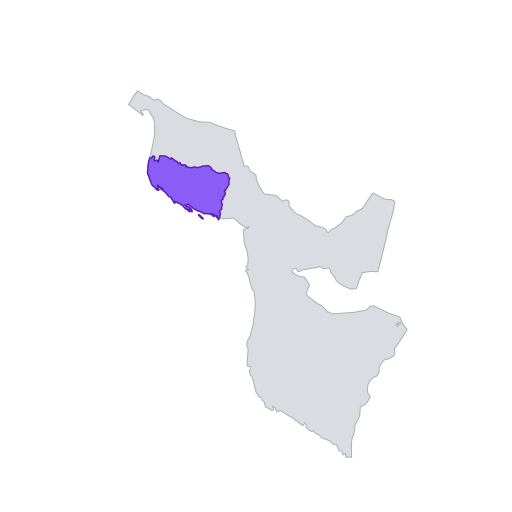 Mozambique, with Inhambane highlighted, rotated 123°
{"feature_id": "MOZ-1925", "entity_name": "Inhambane", "entity_type": "Province", "adm_level": 1, "iso_a3": "MOZ", "parent_name": "Mozambique", "parent_adm1": "", "projection": "albers", "projection_center": [34.454, -22.902], "detail": "fine", "context": "in_parent", "style": "filled", "palette": "violet", "viewbox_px": 512, "rotation_deg": 123, "n_neighbors": 0, "source": "natural_earth", "source_scale": "10m", "svg_char_len": 9189}
<svg xmlns="http://www.w3.org/2000/svg" viewBox="0 0 512 512"><g transform="rotate(123 256 256)"><path d="M162.6,341.8L165.6,339.3L185.7,316.3L187.0,315.4L185.2,311.7L187.9,307.3L188.1,300.5L188.9,299.4L192.0,297.1L196.3,290.0L199.0,284.5L199.2,281.9L195.3,274.6L194.1,270.6L195.2,267.2L195.6,264.0L195.0,262.9L192.6,261.6L192.2,260.2L192.2,258.5L192.7,257.5L195.6,256.0L196.3,255.2L198.6,246.5L197.7,240.1L197.6,232.7L198.1,225.0L197.8,220.7L195.8,215.7L195.6,212.1L197.0,209.6L197.2,208.1L192.5,207.3L190.1,205.3L181.2,202.1L174.3,201.8L168.5,196.9L164.0,196.2L158.2,192.7L140.1,192.4L139.4,192.1L138.5,181.1L137.7,177.5L135.3,173.7L134.6,171.0L134.7,169.2L144.7,165.0L164.4,158.9L168.7,156.9L202.4,145.3L203.3,146.0L206.7,151.7L212.4,158.1L213.8,157.2L221.9,156.1L223.1,155.3L225.5,154.7L228.4,154.3L229.4,154.7L232.3,158.7L233.4,166.3L233.5,171.3L233.1,175.0L230.7,179.1L229.0,184.5L226.4,187.3L226.5,188.7L229.4,191.9L230.0,193.2L229.8,196.0L230.3,197.1L232.8,198.7L234.8,201.4L242.0,209.0L243.8,210.4L245.3,210.8L246.0,212.3L245.6,214.0L244.5,215.0L244.9,216.5L246.3,217.6L249.6,217.4L250.0,216.9L249.8,210.2L248.7,206.3L247.3,204.4L250.1,197.1L251.7,195.1L257.1,194.3L259.6,193.7L260.7,192.8L261.5,190.5L262.2,184.0L262.5,177.9L262.0,174.4L262.8,169.0L264.1,165.7L263.5,165.0L263.1,160.6L249.4,142.5L241.6,134.5L240.3,133.7L236.0,133.0L233.7,130.0L231.8,114.0L228.9,102.4L233.5,94.8L235.0,89.9L236.0,89.1L239.9,88.9L253.7,89.1L257.1,89.6L258.7,89.1L262.3,86.2L265.3,86.2L269.2,88.2L271.4,89.9L271.8,91.3L274.4,92.1L279.4,92.4L283.0,91.7L285.3,90.1L287.7,89.2L290.2,89.2L292.1,89.8L293.3,91.1L295.7,92.0L299.3,92.6L303.3,91.9L307.6,89.8L310.1,87.6L311.5,83.8L312.3,83.3L318.4,83.1L321.6,83.9L325.6,86.4L332.9,82.4L337.4,81.1L341.7,81.2L345.3,80.3L348.1,78.4L351.1,77.2L357.1,75.9L361.2,73.9L372.7,66.2L373.8,68.6L375.9,70.9L372.9,73.1L375.4,74.7L373.4,76.9L373.2,78.5L374.0,80.1L372.6,82.6L370.9,84.5L370.4,86.1L371.8,88.8L370.8,93.6L372.8,101.6L372.0,104.3L372.2,110.6L371.3,112.8L372.7,113.7L373.3,116.2L372.5,120.6L370.0,122.3L369.7,124.1L372.7,124.3L372.5,129.8L372.0,131.4L372.7,133.3L371.7,135.3L372.4,144.2L372.2,150.6L372.4,151.7L374.9,152.9L374.8,154.6L373.0,156.9L373.0,160.3L375.0,157.7L376.1,157.7L377.0,158.8L376.9,162.7L377.4,164.7L377.1,166.4L373.9,169.5L373.6,172.6L372.4,172.9L371.8,173.7L372.5,175.5L372.4,177.1L370.1,181.9L359.4,193.3L359.1,195.3L356.4,198.9L353.5,199.4L351.9,200.4L353.0,203.7L339.1,211.5L337.7,212.6L335.5,215.6L330.9,217.1L326.1,217.1L325.2,217.8L314.1,221.3L311.9,223.1L307.2,224.7L299.8,228.6L293.7,232.5L286.8,238.3L285.8,241.4L282.5,245.5L277.7,250.4L274.7,254.4L274.5,256.2L272.8,256.8L271.4,255.0L270.8,258.3L269.6,258.6L268.3,257.9L262.3,261.3L257.7,265.3L251.3,273.0L242.1,280.4L240.0,280.5L237.1,277.9L235.5,277.7L237.8,280.6L237.7,286.9L236.5,294.2L236.7,295.8L242.7,303.6L245.7,312.8L245.9,317.5L248.9,323.5L250.2,332.5L249.8,341.0L251.3,342.3L251.8,341.1L252.1,335.8L252.9,334.4L253.7,334.6L254.5,337.5L254.7,340.5L253.6,347.1L253.9,349.8L255.4,354.3L253.6,359.5L250.8,373.8L251.4,374.7L252.8,375.1L253.3,373.5L254.1,373.5L254.5,374.5L253.3,380.1L252.2,382.6L248.3,388.6L246.1,391.2L242.6,393.7L234.4,397.7L218.0,403.5L207.7,408.1L199.6,413.6L196.0,417.2L194.6,421.4L191.9,425.7L194.3,429.3L197.4,431.8L198.8,427.5L199.6,427.5L198.3,445.4L187.2,445.8L183.9,445.2L182.1,445.4L181.8,437.9L180.4,432.3L180.9,428.3L180.7,426.2L178.3,424.8L177.6,420.5L178.9,417.2L178.5,389.7L174.3,376.5L168.7,367.0L168.3,362.2L165.6,351.6L162.6,341.8ZM236.5,101.4L238.0,100.7L238.2,99.3L237.3,98.7L236.4,98.8L236.0,100.9L236.5,101.4ZM235.5,98.9L234.4,98.0L233.5,98.2L233.2,99.0L234.1,100.1L235.1,100.2L235.5,98.9Z" fill="#d9dde1" stroke="#a8b0b8" stroke-width="1"/><path d="M245.6,307.1L245.5,307.4L245.8,307.4L245.6,307.9L245.5,308.2L245.3,308.4L245.1,308.2L244.8,308.2L244.6,308.3L244.6,308.6L244.6,308.8L245.0,308.8L245.0,309.0L245.0,309.8L244.8,310.2L244.5,310.4L244.2,310.5L243.8,310.2L243.7,310.2L243.5,310.4L243.5,310.8L243.8,311.0L244.1,311.3L244.3,311.3L244.4,311.5L244.3,311.8L244.2,311.7L244.3,312.0L244.3,312.4L244.5,312.5L244.4,312.8L244.5,313.0L244.8,313.0L245.0,313.2L245.0,313.5L244.9,313.6L244.6,313.7L244.4,313.8L244.1,314.1L244.5,314.3L244.7,314.5L244.7,315.7L245.2,315.2L245.9,312.4L245.9,312.8L245.7,314.3L245.5,315.0L245.7,317.0L246.4,318.8L247.7,321.1L248.0,321.5L248.3,321.7L249.0,323.3L249.0,324.3L248.9,326.3L249.1,327.3L249.7,328.8L249.8,329.2L249.9,330.7L250.1,331.8L250.3,333.7L249.6,339.8L249.6,340.8L249.7,341.3L250.1,341.6L250.4,341.8L250.8,342.0L251.2,342.7L251.5,343.1L251.7,342.8L251.6,341.8L251.8,341.5L252.3,341.2L251.8,340.3L251.5,339.2L251.5,338.0L251.9,337.2L251.8,336.9L251.9,336.6L252.0,336.5L252.3,337.2L252.5,337.4L252.8,337.0L252.2,336.0L252.0,335.9L252.1,335.6L252.6,334.9L252.6,334.5L253.0,334.2L253.2,333.9L253.4,333.8L253.6,333.8L253.8,333.9L253.9,334.2L253.9,334.4L253.8,335.0L254.2,338.9L254.4,338.6L254.5,338.1L254.6,336.8L254.8,336.3L254.8,335.9L255.0,335.9L254.7,338.8L254.7,339.3L254.8,340.8L254.7,341.3L253.6,344.9L253.6,347.9L254.2,353.0L254.6,353.9L254.8,353.6L254.9,353.2L255.2,353.4L255.6,353.4L255.8,353.3L255.6,353.1L255.6,352.9L256.0,353.1L255.9,353.8L255.1,355.4L254.6,356.1L253.8,358.2L253.4,358.9L253.2,359.3L253.2,359.7L253.2,360.2L253.4,361.1L253.5,361.6L253.3,362.6L252.0,366.4L251.7,369.4L251.6,371.4L251.6,371.9L251.4,372.4L251.3,372.6L251.0,372.2L251.1,371.7L251.2,371.3L251.1,371.0L250.5,370.9L250.2,370.9L250.3,371.1L250.5,371.3L250.7,371.9L250.8,372.2L250.7,372.6L250.5,373.5L250.5,374.0L250.5,374.8L250.4,375.1L250.4,375.3L250.2,375.6L250.2,375.9L250.3,376.5L250.2,377.0L250.0,377.5L251.2,376.5L250.8,375.7L250.8,375.3L251.0,374.9L251.3,374.8L251.6,375.0L252.2,375.5L252.6,375.7L252.9,375.7L253.0,375.5L253.2,373.9L253.1,373.6L254.0,373.7L254.2,373.9L254.3,375.0L254.5,375.2L254.5,375.4L253.3,379.4L253.2,379.9L253.2,380.2L253.4,380.7L253.5,380.9L253.4,381.1L253.1,381.4L253.0,381.6L252.9,382.0L252.7,382.5L249.3,387.3L246.9,390.0L246.8,390.5L246.8,390.8L246.7,391.0L245.1,392.5L238.8,395.9L235.3,397.5L231.7,398.5L231.1,397.3L230.4,397.0L228.8,397.0L228.4,396.9L228.2,396.7L228.1,396.4L228.0,396.1L228.0,395.8L227.9,395.4L227.8,395.1L228.0,394.9L228.3,394.8L231.3,393.2L231.4,392.9L229.7,391.2L229.5,390.9L229.7,390.6L229.8,390.4L230.5,389.7L230.6,389.3L230.3,389.2L230.2,389.2L229.5,389.5L229.0,389.6L228.8,389.6L228.5,389.8L228.0,389.8L227.9,389.9L227.5,390.1L227.0,390.2L226.5,390.5L226.3,390.6L225.4,390.8L224.5,391.1L224.3,391.1L224.2,390.9L221.5,386.3L221.5,385.9L221.4,385.6L221.3,380.5L221.2,380.5L220.9,380.5L220.6,380.4L220.3,380.3L220.2,380.3L219.9,380.5L219.8,380.1L219.7,379.4L219.7,379.1L219.7,378.9L219.9,378.5L220.0,378.2L220.0,377.5L219.9,375.9L220.0,375.5L220.0,375.3L219.9,374.9L219.8,374.6L219.9,374.2L219.9,373.8L220.0,373.4L220.0,372.8L220.0,372.7L220.3,372.4L220.3,372.0L220.5,371.7L220.6,371.4L220.6,371.2L220.2,370.6L219.9,370.5L219.6,370.6L219.3,370.7L219.2,370.7L219.1,370.4L219.2,370.2L219.7,369.8L219.7,369.7L219.9,369.3L220.2,369.1L220.3,369.0L220.3,368.8L220.1,368.5L220.1,368.4L220.3,368.0L220.4,367.8L220.3,367.6L220.0,367.1L219.9,366.9L219.7,366.8L219.4,366.8L219.2,366.8L219.0,366.6L218.9,366.1L218.8,365.9L218.5,365.6L218.4,365.0L218.2,364.6L218.1,364.3L218.1,364.0L218.2,363.9L218.6,363.8L219.2,363.6L219.3,363.5L219.4,363.4L219.3,363.1L218.9,362.8L218.7,362.6L218.6,362.3L218.6,361.7L218.6,361.4L218.5,361.2L218.2,360.7L218.1,360.3L218.1,359.9L218.0,359.6L217.7,359.3L217.2,358.4L217.0,358.0L216.8,357.9L216.6,357.6L216.2,357.4L215.8,357.0L215.6,356.7L215.3,356.5L215.1,356.2L214.7,356.0L214.6,355.8L214.6,355.7L214.6,355.3L214.5,354.9L214.4,354.4L213.6,353.3L213.3,352.7L213.0,352.3L212.8,352.2L212.2,351.8L211.8,351.2L211.6,351.1L211.3,350.8L210.7,350.4L210.4,350.2L209.8,349.7L209.4,349.3L209.0,348.8L208.8,348.4L208.5,348.1L208.3,347.8L208.0,347.6L207.7,347.4L206.4,345.3L206.2,344.8L206.1,344.5L206.1,344.2L206.3,342.8L206.5,342.1L206.6,341.1L206.7,340.8L206.9,340.7L207.6,340.5L207.7,340.4L207.8,340.2L207.7,339.6L207.5,338.7L207.5,338.4L207.5,337.9L207.5,337.5L207.4,336.9L207.7,335.3L207.7,334.7L207.7,334.2L207.0,333.2L206.9,332.8L206.9,332.5L206.9,331.9L206.8,331.7L205.3,330.5L203.0,327.7L202.9,327.4L202.9,327.1L203.0,326.6L203.0,326.4L203.0,326.1L202.7,324.9L202.7,324.5L202.8,324.3L203.1,323.6L203.6,323.1L204.1,322.6L204.5,321.9L205.2,321.0L205.4,320.6L205.5,320.1L206.1,320.1L206.6,320.0L207.4,319.6L208.2,319.4L208.7,319.1L210.2,317.9L210.9,317.6L211.8,317.5L215.6,317.6L216.8,317.4L217.4,317.4L217.8,317.5L218.0,317.9L218.2,318.0L218.4,318.0L218.9,317.8L219.0,317.6L219.1,317.2L219.7,316.3L220.1,315.8L220.5,315.6L224.1,315.2L224.4,315.4L224.7,315.6L225.0,315.7L225.5,315.4L226.1,314.7L226.6,314.5L227.1,314.7L227.8,315.3L228.1,315.4L228.5,315.4L229.2,315.0L229.8,314.2L230.8,312.7L231.4,312.2L233.9,311.4L235.0,310.6L235.3,310.4L235.8,310.3L236.0,310.3L237.0,311.1L237.9,311.1L238.4,310.6L238.7,310.1L239.9,309.2L240.0,309.1L240.1,308.9L240.4,308.7L242.6,307.8L244.3,307.5L244.6,307.5L245.1,307.1L245.6,307.1ZM253.3,321.1L253.6,320.6L253.8,320.7L253.9,321.0L253.9,321.6L253.8,323.3L253.0,326.5L252.5,326.6L252.3,326.2L252.3,325.8L252.6,324.0L253.3,321.1Z" fill="#8b5cf6" stroke="#5b21b6" stroke-width="1.5"/></g></svg>